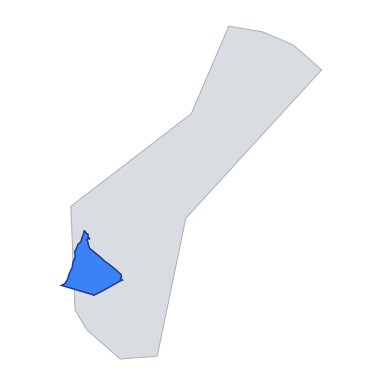 Agat, Guam (highlighted), rotated 358°
{"feature_id": "77769853B39660846480906", "entity_name": "Agat", "entity_type": "district", "adm_level": 2, "iso_a3": "GUM", "parent_name": "Guam", "parent_adm1": "", "projection": "orthographic", "projection_center": [144.666, 13.365], "detail": "fine", "context": "in_parent", "style": "filled", "palette": "blue", "viewbox_px": 384, "rotation_deg": 358, "n_neighbors": 0, "source": "geoboundaries", "source_scale": "gbopen_adm2", "svg_char_len": 940}
<svg xmlns="http://www.w3.org/2000/svg" viewBox="0 0 384 384"><g transform="rotate(358 192 192)"><path d="M151.5,354.8L114.4,356.4L82.2,326.2L71.0,306.0L70.4,202.1L194.0,113.7L234.5,27.6L268.4,34.5L298.4,48.6L325.8,74.4L184.9,218.0L151.5,354.8Z" fill="#d9dde1" stroke="#a8b0b8" stroke-width="1"/><path d="M82.8,227.1L82.5,228.9L81.0,232.8L80.5,233.6L80.4,233.9L79.8,235.9L79.3,237.7L78.2,238.7L76.7,240.0L76.2,240.4L74.4,244.5L74.2,245.0L72.7,247.7L73.0,249.7L73.1,252.5L72.4,254.6L71.6,255.4L70.2,259.2L69.9,262.5L68.0,266.3L65.8,271.0L65.0,274.3L61.7,279.2L58.2,280.8L89.4,291.2L89.9,291.9L98.2,288.2L116.8,278.6L119.4,277.6L117.3,276.1L118.7,274.4L118.0,271.4L116.8,270.9L114.6,268.4L108.6,263.0L101.9,257.7L99.2,254.9L88.1,245.0L87.5,244.2L86.9,242.1L85.9,237.2L85.1,235.9L86.8,235.1L87.8,235.4L88.1,234.9L87.7,234.5L86.5,233.6L86.7,230.6L85.1,229.7L83.5,227.3L82.8,227.1Z" fill="#3b82f6" stroke="#1e3a8a" stroke-width="1.5"/></g></svg>